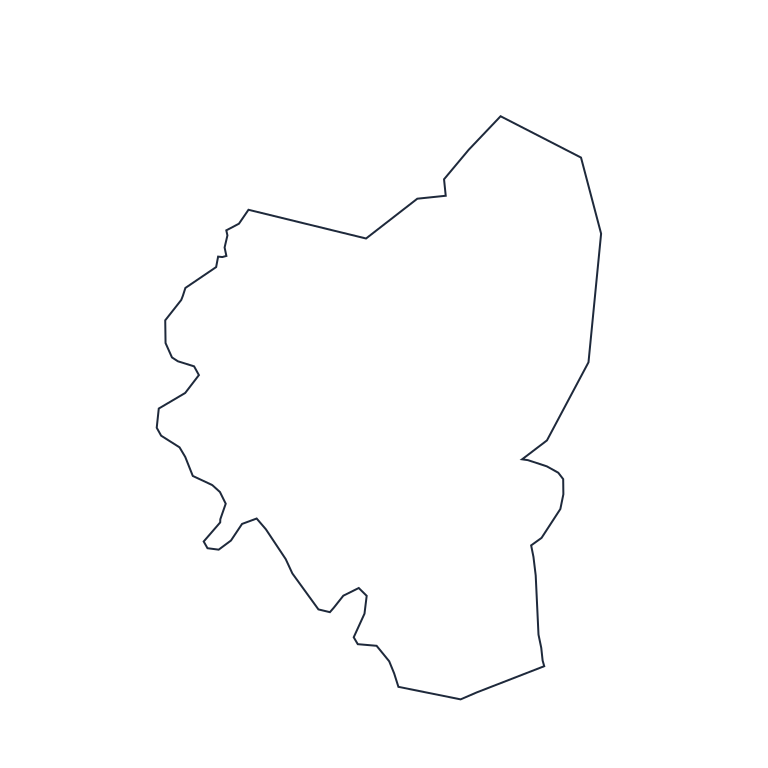 outline of Sinja, Sennar, Sudan, rotated 195°
{"feature_id": "16777658B54691568406545", "entity_name": "Sinja", "entity_type": "district", "adm_level": 2, "iso_a3": "SDN", "parent_name": "Sudan", "parent_adm1": "Sennar", "projection": "mercator", "projection_center": [33.787, 13.125], "detail": "fine", "context": "isolated", "style": "outline", "palette": "slate", "viewbox_px": 768, "rotation_deg": 195, "n_neighbors": 0, "source": "geoboundaries", "source_scale": "gbopen_adm2", "svg_char_len": 1124}
<svg xmlns="http://www.w3.org/2000/svg" viewBox="0 0 768 768"><g transform="rotate(195 384 384)"><path d="M577.2,464.1L576.4,453.5L600.7,425.4L601.1,417.2L601.6,412.7L611.8,388.9L605.6,367.0L595.7,354.8L589.0,352.6L572.0,351.9L565.1,344.7L573.7,323.9L595.2,302.0L592.2,282.9L585.9,276.4L565.1,269.9L557.1,262.1L544.9,245.7L523.7,241.9L514.5,237.2L505.9,227.4L507.1,211.0L506.4,207.9L517.4,185.2L512.0,179.7L500.8,181.2L491.3,193.2L484.9,212.1L472.2,221.1L460.5,213.1L433.6,189.4L423.5,177.3L389.0,149.3L377.2,149.6L374.6,154.9L368.5,169.0L355.6,180.4L345.9,174.9L343.4,157.1L347.7,131.5L342.0,125.9L323.4,129.2L307.2,117.5L299.3,107.1L291.7,95.2L228.4,99.2L214.6,110.1L156.2,152.9L159.2,157.9L163.8,169.8L169.9,181.9L187.9,238.3L194.9,255.7L200.1,266.2L192.0,276.1L181.3,308.9L182.2,323.9L186.3,338.5L192.7,343.4L205.4,346.6L225.3,347.7L231.1,347.0L212.0,371.7L192.1,457.9L213.2,585.4L252.3,653.7L340.7,672.8L362.8,632.2L379.0,597.3L373.1,581.8L399.8,571.6L439.0,519.9L560.0,517.2L565.6,501.3L576.1,491.6L573.7,487.0L573.3,474.6L569.4,466.9L573.0,464.8L577.2,464.1Z" fill="none" stroke="#1e293b" stroke-width="2"/></g></svg>